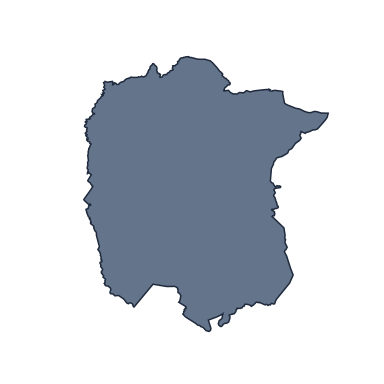 the district of Peribán, Michoacán, Mexico, rotated 294°
{"feature_id": "50627088B26915402792387", "entity_name": "Peribán", "entity_type": "district", "adm_level": 2, "iso_a3": "MEX", "parent_name": "Mexico", "parent_adm1": "Michoacán", "projection": "equal_earth", "projection_center": [-102.46, 19.494], "detail": "fine", "context": "isolated", "style": "filled", "palette": "slate", "viewbox_px": 384, "rotation_deg": 294, "n_neighbors": 0, "source": "geoboundaries", "source_scale": "gbopen_adm2", "svg_char_len": 5932}
<svg xmlns="http://www.w3.org/2000/svg" viewBox="0 0 384 384"><g transform="rotate(294 192 192)"><path d="M96.7,278.6L97.5,279.0L97.8,280.0L100.4,280.7L102.5,280.3L102.9,280.7L103.9,280.3L105.5,283.8L106.0,284.1L106.4,284.8L107.8,284.9L109.1,286.2L110.7,285.8L111.9,287.8L111.9,288.9L112.3,290.0L112.0,292.1L111.6,292.7L111.8,293.0L112.6,292.9L113.5,294.0L117.5,295.5L118.2,298.4L118.6,298.4L118.6,304.7L119.6,305.5L119.3,307.6L120.3,308.1L120.8,309.6L122.4,309.7L122.8,310.5L122.7,311.8L123.5,313.0L126.5,312.6L128.9,312.9L148.4,318.2L157.3,318.2L162.3,313.1L172.1,304.4L174.9,300.8L176.8,300.7L177.6,301.3L180.3,301.4L183.3,297.8L184.6,297.1L186.7,296.8L187.4,295.5L190.2,294.7L196.6,290.6L202.2,275.1L203.3,275.6L203.8,276.8L205.7,276.6L206.4,275.6L207.3,275.6L207.8,274.1L207.9,272.6L208.4,271.9L208.8,272.2L209.6,273.9L210.8,274.7L211.1,275.6L212.4,276.9L213.4,277.0L213.9,276.6L214.8,274.7L216.1,274.2L218.4,271.8L219.6,271.0L221.0,269.5L221.4,268.4L222.4,267.9L224.8,268.4L225.5,268.2L227.1,265.9L227.6,265.8L229.3,266.8L232.0,270.9L232.9,270.9L233.3,269.7L232.5,268.1L232.4,267.1L230.7,266.1L230.6,265.6L233.0,262.3L232.9,261.3L233.7,259.2L245.7,255.0L250.3,255.1L252.7,254.5L253.9,255.0L257.8,255.6L261.0,259.7L265.6,263.0L266.9,263.6L269.6,263.4L272.3,265.5L278.4,266.7L283.0,269.4L285.6,269.8L287.8,267.3L289.4,267.6L291.6,267.0L291.6,271.6L292.8,272.1L295.0,274.8L297.3,276.7L298.3,277.9L298.8,279.0L300.0,280.5L301.1,281.2L312.2,284.6L315.2,285.1L319.4,284.4L316.7,277.9L316.2,273.7L315.7,271.8L315.2,270.8L312.7,268.1L311.8,265.6L311.4,262.1L311.6,256.4L310.7,252.8L310.3,244.2L310.5,241.5L310.9,240.3L318.8,234.8L320.7,234.1L320.5,232.8L319.0,227.6L318.3,225.9L317.2,224.3L316.6,224.1L316.1,221.3L316.5,221.1L317.3,221.5L317.1,220.0L316.6,219.8L315.4,217.4L309.8,207.8L307.4,204.8L307.0,203.7L306.9,201.0L306.5,200.3L303.7,199.0L302.2,194.9L299.8,193.2L298.9,190.8L298.2,189.8L298.4,189.0L298.5,186.7L299.7,183.9L297.3,180.2L297.7,179.7L298.4,180.2L298.8,179.7L300.7,179.6L301.9,180.4L304.3,181.2L305.2,182.7L306.5,182.9L307.2,182.4L307.4,181.3L308.5,180.1L308.9,178.3L309.6,176.9L309.3,176.1L310.4,172.7L310.7,172.1L312.2,172.1L313.2,170.1L313.4,168.6L315.8,164.2L318.5,158.0L319.3,155.1L318.8,152.6L318.6,150.1L316.0,144.1L315.5,142.3L314.6,136.5L314.2,136.2L314.0,134.6L314.3,134.2L314.3,133.8L314.0,133.7L313.2,131.7L311.8,130.1L311.6,129.5L310.7,129.1L310.4,128.0L309.4,126.9L308.2,127.0L307.7,126.6L306.7,126.8L305.2,125.8L304.2,126.6L303.1,126.6L302.1,125.8L300.3,125.1L300.1,124.2L299.5,123.2L299.2,123.5L297.1,123.7L295.9,125.0L295.2,124.6L294.3,123.2L293.1,122.5L292.1,122.6L290.5,121.2L289.0,121.1L288.1,119.2L287.2,118.2L284.9,117.9L283.7,116.1L284.2,115.8L286.3,115.4L286.2,114.5L286.9,114.4L286.8,111.9L288.2,111.0L288.8,110.1L290.5,109.9L292.1,108.6L293.0,105.9L293.6,104.8L293.2,103.9L292.3,103.9L289.5,102.8L286.8,103.5L285.9,102.8L283.8,102.9L283.4,103.3L282.2,102.8L279.8,102.9L277.5,101.2L277.2,99.7L277.4,99.0L275.9,97.8L275.4,96.2L274.5,95.5L272.7,91.6L272.1,89.4L271.1,88.9L270.5,88.2L270.2,88.3L269.9,87.8L270.0,87.6L268.9,86.3L267.1,85.2L265.3,84.7L263.4,82.4L262.1,81.6L260.4,81.1L260.1,80.6L259.7,79.5L260.3,78.5L260.2,76.6L259.8,76.6L259.6,75.9L259.2,75.8L258.9,76.7L258.5,76.8L257.8,75.9L258.5,75.8L260.7,74.4L257.7,69.7L257.7,67.6L256.9,67.6L256.0,66.7L253.8,68.9L251.8,68.7L250.9,70.5L250.2,70.7L248.6,69.2L246.5,71.5L246.0,70.2L244.4,71.4L244.2,69.9L243.2,71.1L241.9,70.2L240.8,70.2L237.0,68.5L235.7,68.9L233.9,68.4L232.8,67.6L232.0,68.3L230.3,68.9L227.7,67.3L224.9,67.9L223.6,69.5L224.1,70.9L223.6,71.2L222.7,70.0L220.8,69.5L218.8,68.2L217.6,68.2L217.5,69.1L217.1,69.0L215.3,65.8L214.9,65.9L214.6,66.5L213.6,67.4L213.2,67.3L213.2,66.4L212.9,66.0L212.5,66.1L212.3,67.5L210.7,67.6L209.9,67.0L208.8,66.9L208.3,67.1L207.9,67.9L207.9,70.2L205.6,70.5L204.4,71.5L203.1,70.7L202.2,70.6L201.7,71.7L201.6,72.9L200.8,72.8L200.5,72.1L199.6,73.1L199.4,74.5L198.9,75.1L198.0,75.5L197.6,74.3L196.7,74.7L195.9,76.2L196.2,77.6L196.0,78.2L195.1,78.5L194.8,80.3L193.3,80.0L191.5,80.3L189.8,80.0L188.0,80.6L186.7,80.7L184.7,81.7L183.2,81.8L178.3,84.7L176.5,84.6L173.8,86.1L172.6,86.1L171.3,86.5L170.7,86.8L170.1,88.1L169.5,88.2L168.6,88.9L168.0,89.0L167.9,88.5L167.6,88.5L166.3,89.0L167.5,89.8L166.9,93.0L160.2,92.1L159.4,92.9L159.0,95.3L158.3,96.0L157.4,98.0L157.0,98.0L156.9,99.1L153.9,98.8L141.2,96.2L140.6,96.8L138.6,102.6L139.6,104.0L138.8,104.8L137.5,103.3L134.7,103.8L133.0,102.2L129.4,105.1L129.2,105.6L127.7,106.9L126.8,108.8L126.7,109.6L126.4,109.7L125.9,109.1L124.4,111.3L123.2,111.8L123.0,112.2L122.5,111.8L121.8,112.4L121.1,115.4L120.5,116.3L118.7,117.3L117.0,119.2L116.3,120.8L115.3,121.6L114.1,122.0L112.8,122.9L104.3,129.7L101.2,129.4L100.1,131.4L98.0,133.8L96.9,134.0L95.7,135.5L93.7,136.0L93.2,137.1L92.3,137.1L92.1,137.9L90.9,137.3L90.3,136.7L89.8,136.7L88.4,138.3L86.6,139.0L85.9,140.5L85.1,141.7L83.9,142.0L82.6,141.5L81.2,142.1L81.0,142.4L81.1,143.1L80.4,143.5L79.4,145.4L78.0,145.4L77.2,148.1L76.8,148.7L75.6,148.5L75.1,149.0L74.0,149.1L73.6,149.5L72.8,149.0L72.4,149.7L71.7,150.2L71.3,151.5L71.9,153.7L71.2,156.2L70.8,156.8L70.1,157.4L66.7,158.0L66.1,158.6L66.1,159.5L66.7,161.3L65.8,163.8L67.6,167.0L66.5,173.1L64.0,177.8L64.1,179.4L65.0,179.7L65.7,180.9L65.6,182.9L64.9,183.9L63.9,184.5L63.3,185.8L91.9,193.9L95.5,207.7L98.7,214.5L98.7,216.8L98.1,218.3L97.5,218.3L96.8,219.1L94.4,220.1L94.3,221.9L92.7,224.0L87.9,225.1L85.9,224.7L84.8,233.0L83.8,233.1L83.5,233.9L83.1,234.0L82.2,232.9L81.4,232.7L80.5,233.7L79.6,233.0L78.1,233.6L76.7,233.3L75.2,237.1L73.5,248.5L72.7,251.5L73.2,253.4L72.6,254.6L72.8,255.9L72.7,257.4L71.1,261.2L71.5,264.2L73.1,265.2L75.2,264.7L81.6,259.0L87.7,265.2L91.5,268.5L93.4,269.8L91.5,270.0L89.7,270.7L88.0,270.5L85.7,269.2L82.4,269.6L81.4,270.5L80.7,272.5L81.1,273.5L82.4,274.2L83.9,274.3L84.8,274.9L86.5,277.3L88.3,278.4L92.4,277.9L93.8,277.1L94.0,276.5L94.6,276.0L96.5,278.0L96.7,278.6Z" fill="#64748b" stroke="#1e293b" stroke-width="1.5"/></g></svg>